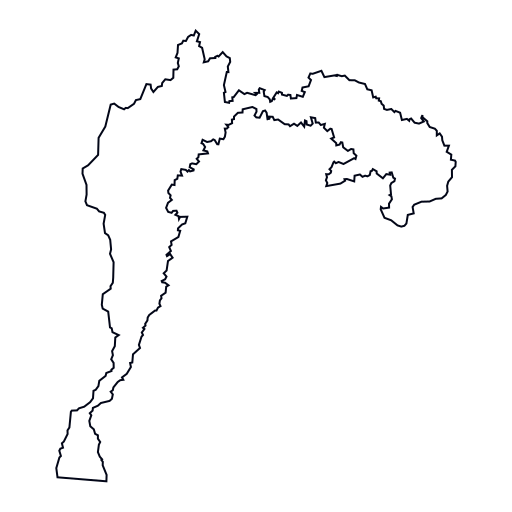 Montelíbano, Córdoba, Colombia (orthographic projection)
{"feature_id": "7082276B48843599795866", "entity_name": "Montelíbano", "entity_type": "district", "adm_level": 2, "iso_a3": "COL", "parent_name": "Colombia", "parent_adm1": "Córdoba", "projection": "orthographic", "projection_center": [-75.7, 7.765], "detail": "fine", "context": "isolated", "style": "outline", "palette": "ink", "viewbox_px": 512, "rotation_deg": 0, "n_neighbors": 0, "source": "geoboundaries", "source_scale": "gbopen_adm2", "svg_char_len": 5973}
<svg xmlns="http://www.w3.org/2000/svg" viewBox="0 0 512 512"><path d="M451.9,169.8L455.4,166.3L455.7,161.9L455.0,160.6L450.9,159.7L451.3,154.6L446.7,151.8L448.9,145.7L444.4,145.7L442.3,140.3L442.0,136.7L439.7,133.4L436.8,135.4L436.8,130.8L434.9,128.7L429.7,127.0L427.3,123.1L427.3,121.3L422.5,117.2L422.4,115.1L421.2,118.1L423.8,121.5L419.0,123.6L414.6,122.7L411.1,118.5L409.6,119.2L409.2,120.8L406.9,118.9L401.9,120.0L400.1,112.7L395.5,110.9L394.4,112.1L391.3,109.0L386.9,109.9L384.1,108.9L383.7,105.6L381.6,103.8L380.8,101.2L378.8,100.6L379.1,98.4L376.2,98.3L375.7,96.7L373.2,97.4L371.6,90.3L367.3,89.3L365.0,84.0L358.9,82.5L354.8,80.3L349.4,80.2L344.8,75.6L341.8,76.2L337.3,74.9L336.9,76.0L335.9,75.8L336.3,75.1L324.4,77.1L321.4,70.8L312.7,73.8L310.3,73.5L308.5,77.6L311.0,80.0L308.6,86.3L302.5,87.5L301.7,90.9L304.8,92.1L302.8,96.8L297.0,95.0L296.4,98.1L290.9,98.5L290.4,95.0L288.1,94.7L286.9,95.9L282.0,94.6L281.9,92.8L278.8,91.6L278.1,93.2L276.7,92.4L273.4,97.6L275.1,99.6L272.8,98.7L271.8,101.1L270.2,101.8L269.8,99.4L267.7,97.0L264.4,96.1L263.7,91.6L264.7,90.1L259.7,88.2L258.8,89.6L259.3,92.8L255.3,92.9L256.7,94.2L255.6,95.2L247.1,92.8L244.4,94.1L238.9,90.3L233.7,97.1L232.3,97.3L232.6,100.9L229.4,101.1L229.1,102.8L224.9,102.0L223.9,92.8L225.5,92.0L223.9,85.1L226.8,72.0L228.4,72.1L227.8,66.5L230.2,61.9L229.8,58.1L226.5,56.4L222.7,52.1L218.6,56.5L217.5,55.8L215.2,56.9L215.3,58.0L210.0,58.3L208.2,61.3L203.8,62.3L204.7,59.3L202.1,47.8L199.1,46.1L200.0,42.1L196.9,41.3L199.2,34.1L195.7,30.7L193.8,35.5L191.1,34.9L188.1,36.9L185.9,41.0L183.3,40.7L181.9,43.4L178.0,45.0L177.5,52.9L175.7,57.4L178.8,58.4L177.8,63.0L178.8,66.3L177.2,69.3L173.5,69.6L173.3,77.8L170.5,80.1L165.3,79.3L162.2,83.0L161.8,86.0L157.9,86.9L153.4,92.0L151.1,88.5L150.6,84.6L146.4,84.1L140.3,99.1L135.9,100.1L134.0,103.8L127.8,108.1L125.7,107.9L124.1,109.3L118.6,107.0L114.2,103.6L110.7,104.6L105.3,126.6L98.6,137.8L98.1,154.9L88.1,165.3L82.7,168.5L82.5,173.7L86.5,184.9L86.6,194.6L85.4,201.3L87.0,205.2L96.9,208.7L99.1,211.4L103.9,212.8L105.2,214.9L103.6,223.7L105.0,233.1L108.2,235.3L110.2,239.8L111.1,249.4L110.0,253.8L113.6,262.2L113.2,277.8L112.8,282.8L110.5,286.2L110.7,288.7L102.8,294.2L101.8,304.8L102.7,308.6L108.2,311.6L110.0,327.4L111.7,328.3L112.5,332.2L118.7,335.1L115.3,337.5L114.8,346.2L112.1,351.1L112.9,355.2L111.2,359.3L113.6,362.9L113.7,367.8L111.4,369.7L111.5,371.0L106.3,373.0L105.6,375.9L99.3,380.8L98.4,386.1L95.7,389.8L93.5,390.8L93.0,398.3L90.1,402.2L84.2,406.7L79.0,408.3L77.0,410.4L71.8,410.6L70.9,411.8L69.4,427.5L67.5,430.4L67.6,434.0L63.8,441.6L61.9,443.3L63.0,447.7L60.3,448.7L59.3,450.7L60.9,456.0L59.4,457.5L56.3,468.1L57.5,477.3L106.4,481.3L106.6,474.9L102.7,465.3L102.8,461.8L101.4,460.0L102.1,459.3L99.8,456.7L97.9,452.1L98.9,444.6L100.2,442.0L97.9,438.7L97.9,435.3L95.1,433.8L93.8,429.3L90.3,426.3L89.3,420.9L91.3,415.3L89.8,413.2L92.6,410.6L92.9,407.9L97.9,405.7L100.9,403.0L109.6,400.9L111.9,398.8L112.8,394.4L110.7,391.7L112.8,390.2L113.4,387.4L117.7,382.0L120.2,380.2L123.3,379.8L122.0,377.4L126.7,373.9L130.9,367.0L130.1,363.0L132.3,362.5L133.0,354.3L140.0,348.0L138.9,344.9L141.5,336.7L143.0,335.0L141.8,332.5L144.4,329.0L143.0,327.8L145.5,325.6L145.2,323.8L147.4,320.5L147.7,317.5L149.3,314.9L155.1,310.5L156.5,310.5L158.0,307.6L160.5,306.1L159.4,303.7L159.9,300.4L161.5,298.3L161.1,295.8L165.6,292.7L166.2,286.7L168.5,285.3L165.0,282.7L162.2,282.3L161.7,281.0L165.1,279.3L166.5,276.6L163.7,273.3L166.6,270.5L168.0,261.0L172.6,257.7L170.2,254.1L167.0,256.1L166.5,254.8L170.9,251.0L169.2,247.1L171.6,244.9L171.0,241.4L178.4,237.0L180.2,230.8L177.9,230.3L178.0,228.4L182.0,224.5L185.3,223.3L187.3,216.7L180.1,216.9L179.0,219.0L178.6,216.2L175.4,214.8L177.4,212.7L176.5,210.7L173.1,210.9L171.6,212.8L168.2,211.9L166.1,207.9L168.0,202.8L171.8,199.9L170.0,197.9L170.6,195.3L168.4,193.0L168.1,190.6L171.8,184.6L174.5,185.0L174.7,180.1L177.3,178.8L177.8,175.4L182.0,175.6L180.5,171.6L181.3,169.1L185.8,169.9L187.5,171.6L188.9,170.1L190.1,171.4L193.5,170.5L193.7,169.4L189.7,167.2L190.3,164.2L192.1,163.4L196.3,164.2L199.0,161.5L196.7,158.8L198.4,157.2L198.7,154.4L208.0,153.4L207.3,151.4L203.4,150.4L205.1,147.0L203.2,144.0L201.5,143.2L202.6,139.8L207.1,142.0L211.1,141.2L213.2,139.4L214.7,140.1L217.2,144.2L218.4,144.3L219.8,138.6L223.4,139.2L224.9,136.7L225.6,132.5L224.8,128.6L226.8,128.6L228.3,127.1L226.4,124.7L228.6,124.9L232.1,123.2L231.9,119.6L234.0,119.1L234.0,116.6L237.9,112.8L242.5,112.5L242.7,109.3L252.4,107.0L256.4,109.0L256.5,111.7L254.5,115.5L256.3,117.4L259.6,117.7L262.9,111.2L265.1,110.5L266.6,112.7L267.5,119.1L269.3,118.8L269.6,118.0L268.5,118.6L268.9,116.6L272.7,116.8L274.3,120.1L278.1,119.5L284.7,124.2L288.6,124.4L290.0,126.2L294.0,123.7L297.3,125.9L301.0,122.5L304.2,126.6L305.0,120.5L306.5,121.2L306.7,124.5L310.6,125.7L312.7,123.6L310.9,117.3L315.2,118.1L315.8,122.6L318.7,122.5L320.8,125.0L324.8,123.9L323.9,127.7L327.3,131.1L330.3,128.7L331.6,129.0L334.1,137.4L331.2,138.6L336.2,143.1L336.3,145.4L339.5,144.6L340.9,142.2L342.3,142.5L343.2,147.3L347.9,150.9L351.1,149.0L353.4,149.4L353.7,153.2L356.4,155.7L355.5,159.0L354.1,158.2L343.5,164.0L338.6,162.0L335.8,163.2L334.2,161.6L333.5,162.3L331.5,167.2L329.5,169.2L331.2,171.0L330.8,172.7L328.7,174.3L326.2,174.2L327.0,177.2L325.9,180.3L327.3,183.0L326.3,186.1L340.4,183.6L345.1,180.7L344.5,179.2L346.9,179.0L354.2,181.4L354.6,175.7L359.9,174.5L362.5,176.8L365.1,175.7L367.5,176.3L369.8,175.0L370.6,171.2L371.9,170.9L372.8,169.1L376.6,171.3L376.7,173.5L382.9,178.3L386.3,174.1L390.1,174.7L389.7,172.6L391.7,172.4L393.3,177.7L395.0,178.6L394.4,181.2L391.4,183.0L390.2,185.5L391.0,194.4L389.6,195.1L391.4,196.3L391.9,199.3L389.0,203.7L389.1,207.6L383.1,208.5L381.0,206.9L380.7,209.3L384.5,217.8L391.2,220.3L397.5,225.4L401.3,226.6L404.4,225.8L406.4,223.5L407.8,214.9L413.7,213.4L412.6,207.0L414.2,204.7L421.5,201.7L429.6,201.5L435.8,198.8L441.6,198.4L445.8,195.0L447.6,191.5L447.1,185.8L448.3,181.6L452.0,177.2L451.9,169.8Z" fill="none" stroke="#020617" stroke-width="2"/></svg>